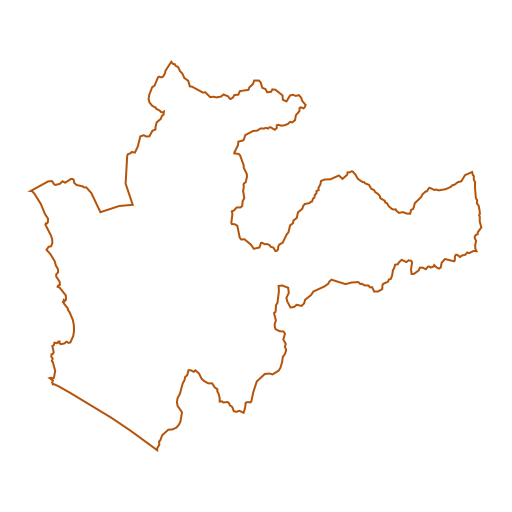 outline of Huaura, Lima, Peru
{"feature_id": "86281439B29242066404010", "entity_name": "Huaura", "entity_type": "district", "adm_level": 2, "iso_a3": "PER", "parent_name": "Peru", "parent_adm1": "Lima", "projection": "natural_earth1", "projection_center": [-77.14, -11.027], "detail": "fine", "context": "isolated", "style": "outline", "palette": "amber", "viewbox_px": 512, "rotation_deg": 0, "n_neighbors": 0, "source": "geoboundaries", "source_scale": "gbopen_adm2", "svg_char_len": 5983}
<svg xmlns="http://www.w3.org/2000/svg" viewBox="0 0 512 512"><path d="M30.7,191.0L32.0,191.1L34.4,193.7L40.8,203.9L44.9,213.9L48.1,218.9L47.8,222.4L47.2,223.4L45.8,223.4L45.4,224.7L50.9,235.4L52.1,238.9L52.4,242.8L51.1,246.3L48.7,246.7L46.5,249.8L50.3,254.0L54.6,261.0L55.9,265.6L57.8,268.8L58.2,272.2L56.2,274.4L56.2,276.5L59.6,281.7L59.9,284.8L58.0,285.7L57.6,286.8L59.6,287.6L65.8,295.4L66.0,299.6L64.9,300.8L63.8,299.9L63.0,302.2L63.8,302.4L63.9,303.5L67.9,308.5L67.9,309.7L69.7,312.4L72.9,320.1L73.9,325.7L74.0,331.3L73.2,336.1L70.3,342.5L68.6,342.9L66.6,341.7L64.2,343.5L60.9,344.2L59.2,343.0L59.6,341.6L58.7,341.5L56.7,343.2L54.5,342.7L53.8,345.1L52.3,346.0L53.7,352.2L53.0,353.8L51.5,354.3L51.3,356.6L52.7,358.7L51.8,361.0L52.8,362.1L55.2,370.9L53.9,377.8L52.7,378.6L51.1,377.7L49.6,378.1L52.9,380.5L51.9,383.4L52.4,382.9L52.8,384.4L54.0,384.2L58.2,386.1L70.4,393.0L111.4,417.8L130.4,430.6L157.2,450.2L157.3,448.1L159.3,444.8L159.1,441.4L160.2,440.5L162.2,435.2L168.3,429.7L172.1,429.5L176.3,427.7L178.9,424.7L180.4,421.7L182.0,412.3L177.6,405.9L176.9,402.1L177.6,398.0L179.9,393.9L182.7,383.4L184.5,380.2L185.1,377.1L187.2,375.2L188.5,370.2L190.9,370.3L193.8,371.8L195.4,370.3L198.9,373.4L201.7,378.9L204.1,381.0L208.1,383.3L212.2,383.4L214.7,387.4L217.4,389.2L217.3,391.4L218.6,393.7L219.6,397.8L219.7,401.6L221.8,401.3L223.4,402.5L227.6,402.0L229.2,403.4L229.7,405.2L232.2,406.9L233.8,411.2L236.4,411.8L239.4,410.8L243.6,412.8L245.1,407.8L245.7,402.7L247.8,402.1L250.4,402.4L251.3,401.5L253.3,392.1L256.8,381.4L264.8,374.0L269.4,373.5L272.6,374.4L278.7,370.6L280.5,367.6L282.2,361.7L282.8,357.0L285.0,353.8L286.2,350.1L284.9,346.7L285.8,344.0L283.3,339.5L285.0,333.7L283.5,331.5L279.6,331.2L275.6,329.2L274.8,327.0L274.7,324.2L275.9,320.3L274.0,313.1L275.6,311.7L276.0,305.3L277.5,302.6L278.9,291.3L278.6,285.9L282.3,285.5L288.2,287.8L288.8,293.0L286.4,297.8L287.3,301.5L290.5,307.5L294.1,307.0L296.6,304.8L301.6,305.9L304.1,303.4L305.1,299.8L311.2,294.9L313.4,291.5L324.3,286.5L328.1,283.9L329.3,281.6L331.5,279.7L345.5,284.1L351.7,282.5L358.3,282.1L360.3,284.0L362.0,283.8L364.5,285.4L368.5,285.5L369.9,287.3L372.1,287.2L374.2,291.5L377.9,291.5L382.2,289.2L382.5,284.9L383.2,283.8L387.9,281.8L388.9,279.5L390.8,278.9L392.1,275.4L393.0,270.0L394.2,268.1L395.1,264.7L397.8,264.3L398.9,262.4L401.7,259.8L406.3,262.1L408.6,260.3L411.3,260.9L412.1,262.5L411.0,269.3L411.6,274.0L414.1,273.8L418.8,270.3L419.8,267.7L422.5,267.6L425.8,269.2L428.0,266.6L429.2,266.5L430.7,267.5L433.7,266.5L434.2,265.1L436.8,267.6L439.1,268.6L440.7,267.5L441.7,262.7L445.0,259.0L454.1,261.3L454.8,260.3L454.9,256.5L455.8,254.8L457.3,254.8L460.0,257.0L461.7,255.6L465.4,254.7L467.2,252.5L469.1,253.2L473.5,251.0L476.5,251.2L475.3,248.6L475.2,245.1L476.1,240.8L474.8,238.2L474.7,236.7L475.7,235.0L477.6,234.2L477.8,232.2L481.3,227.5L479.7,221.3L479.8,216.8L479.1,215.2L479.9,214.0L479.6,210.8L478.6,205.6L476.9,203.4L477.2,200.2L475.9,198.3L474.9,186.9L475.1,182.1L473.8,179.7L473.8,176.0L472.9,175.1L472.1,172.0L465.0,175.2L461.3,181.3L457.9,182.1L454.4,184.8L452.2,185.3L450.9,186.8L445.9,189.1L438.7,190.4L436.1,189.5L434.4,190.0L429.7,187.8L428.7,188.4L426.9,191.4L425.6,191.5L422.5,194.3L421.1,197.1L414.9,203.1L413.2,208.9L411.1,209.9L410.2,213.7L406.3,213.5L403.1,212.1L399.0,212.9L396.4,210.9L395.8,209.4L393.2,209.5L391.7,208.8L388.7,206.2L387.0,203.2L385.3,202.5L384.7,200.7L380.3,198.2L379.9,196.2L378.2,194.1L375.1,192.0L374.1,190.1L371.3,188.8L369.0,184.9L364.9,183.2L364.2,182.2L362.6,182.1L357.8,178.8L355.5,174.7L352.7,171.5L351.6,171.3L349.7,172.3L347.6,172.3L347.1,174.8L342.5,178.9L338.9,175.5L330.4,179.3L324.5,179.5L321.0,181.0L320.4,184.3L318.4,188.0L318.6,190.1L316.5,191.0L316.4,193.4L314.9,194.8L314.4,197.6L313.2,198.4L311.9,201.7L310.7,201.9L309.4,203.1L304.8,204.0L303.2,205.9L302.3,208.8L298.0,212.3L296.7,218.0L293.4,220.5L293.0,223.2L290.1,225.4L288.4,232.4L286.8,234.2L282.6,242.8L279.3,244.5L278.2,246.6L278.1,249.4L276.7,250.9L275.4,251.0L273.4,247.6L270.8,246.8L269.2,244.9L267.1,244.1L264.7,244.2L261.9,242.7L261.0,242.9L259.4,247.5L253.8,248.8L250.9,244.6L244.5,239.3L241.2,239.5L239.7,237.6L237.3,225.7L234.8,224.3L231.8,224.0L231.3,222.8L232.4,214.2L231.8,211.3L233.7,210.7L236.7,207.5L240.6,207.4L242.2,206.0L242.7,200.9L244.3,198.2L243.1,191.0L243.8,187.0L243.5,184.8L243.9,183.6L245.7,182.2L247.0,176.6L246.8,174.0L243.7,167.7L243.7,165.3L240.0,155.2L238.5,153.9L234.3,153.4L234.3,152.6L237.9,145.4L238.4,141.6L242.7,140.6L243.8,139.6L245.3,135.1L253.2,130.9L256.9,130.7L260.8,128.4L263.9,128.6L265.9,127.8L268.1,128.6L269.4,127.3L270.7,127.3L274.7,129.8L276.7,128.1L276.8,125.3L278.3,124.8L281.3,125.7L284.3,125.3L287.7,124.1L290.2,121.8L292.2,122.4L295.0,120.2L295.9,115.2L299.4,111.2L299.6,107.9L300.9,107.3L303.4,108.4L304.5,107.5L305.7,105.0L302.2,100.9L301.3,97.9L298.9,95.1L295.8,95.9L292.8,94.8L290.0,95.5L286.5,101.4L282.9,99.8L282.5,95.4L275.4,89.7L272.3,89.4L271.2,91.7L267.2,92.3L265.5,89.1L262.3,87.8L260.6,82.3L258.9,80.5L254.2,80.5L252.9,84.1L249.3,87.4L248.4,89.9L239.9,91.1L238.3,94.7L234.3,95.1L232.8,97.7L230.6,99.0L229.9,98.8L228.0,96.3L223.5,94.5L221.0,96.6L216.6,97.4L213.3,96.7L210.2,97.2L205.4,92.3L202.9,92.6L192.1,86.7L189.8,86.4L188.3,80.9L184.3,77.9L182.4,73.7L180.0,71.1L178.2,67.2L175.4,65.6L174.8,64.2L173.0,63.9L171.3,61.8L165.5,70.7L165.0,73.2L163.2,76.5L161.7,77.4L159.0,76.7L158.1,77.1L154.6,85.5L152.1,87.3L149.3,94.7L148.6,98.9L149.5,102.5L152.3,105.9L155.7,107.6L155.9,108.6L159.9,110.7L160.9,112.0L162.9,112.4L163.9,111.7L163.5,114.6L161.9,116.0L160.7,119.0L156.7,122.3L155.5,126.9L155.5,129.4L152.4,130.8L149.3,136.4L146.2,136.5L143.8,135.2L140.3,136.4L137.8,146.5L134.9,152.6L131.7,152.0L130.4,153.3L128.0,154.1L127.2,155.8L125.6,183.6L132.7,204.8L119.2,206.0L100.4,212.2L91.3,193.0L86.3,187.4L84.1,187.4L82.8,186.4L76.5,185.0L74.2,182.8L73.7,179.8L72.6,179.0L71.1,178.9L65.1,182.7L62.6,181.3L59.7,183.9L55.6,184.9L54.4,184.6L52.0,181.1L48.1,181.4L30.7,191.0Z" fill="none" stroke="#b45309" stroke-width="2"/></svg>